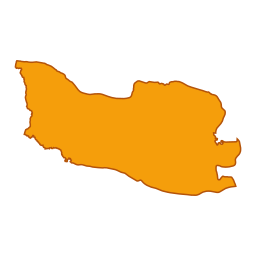 Bener Meriah, Aceh, Indonesia
{"feature_id": "22746128B4257100474226", "entity_name": "Bener Meriah", "entity_type": "district", "adm_level": 2, "iso_a3": "IDN", "parent_name": "Indonesia", "parent_adm1": "Aceh", "projection": "mercator", "projection_center": [96.897, 4.775], "detail": "fine", "context": "isolated", "style": "filled", "palette": "amber", "viewbox_px": 256, "rotation_deg": 0, "n_neighbors": 0, "source": "geoboundaries", "source_scale": "gbopen_adm2", "svg_char_len": 5656}
<svg xmlns="http://www.w3.org/2000/svg" viewBox="0 0 256 256"><path d="M235.8,186.3L235.2,184.2L234.6,183.0L233.5,180.0L231.8,177.4L231.0,177.0L228.4,177.0L227.5,176.8L224.7,176.8L222.9,176.2L222.3,176.6L221.3,177.6L219.8,179.7L218.4,179.7L218.1,179.5L217.7,178.6L217.4,175.5L216.7,172.2L216.1,170.4L216.0,167.7L216.2,166.1L216.7,165.6L217.4,165.4L218.3,165.5L219.8,165.8L221.3,166.6L222.9,166.9L225.3,167.1L227.5,167.0L229.3,166.8L233.2,165.9L234.5,165.2L235.1,164.5L235.5,163.3L235.6,162.2L235.4,160.6L235.4,159.3L235.8,158.2L237.3,156.2L238.4,155.1L239.3,154.0L239.9,152.9L240.5,151.1L240.6,149.6L240.6,147.9L239.4,141.6L238.4,140.1L237.2,138.9L237.1,140.9L236.8,141.4L236.2,141.8L228.1,142.0L226.3,142.1L224.8,142.0L224.1,141.8L222.2,140.7L221.4,140.7L221.2,140.9L221.1,141.2L221.0,141.4L221.1,141.8L221.3,142.0L222.6,142.4L223.0,142.7L222.8,143.6L222.0,144.3L221.0,144.0L220.4,143.6L220.1,143.0L219.7,142.7L219.2,142.7L218.6,142.9L218.3,143.1L217.9,144.4L217.6,144.9L217.1,144.9L216.8,144.7L216.4,143.6L215.6,142.6L215.0,141.4L215.1,140.7L215.3,140.5L216.1,140.1L216.8,140.0L217.2,139.8L217.4,138.7L217.2,138.5L216.6,138.4L215.9,138.7L215.4,138.5L215.4,138.0L215.6,137.5L215.5,137.0L215.1,136.3L214.8,135.8L214.1,135.3L213.8,134.8L213.6,132.9L215.7,133.1L215.7,132.2L216.0,130.4L216.4,129.2L217.0,128.0L220.9,123.5L222.4,121.0L223.3,118.1L224.3,116.0L225.0,114.3L225.2,112.7L225.1,111.4L224.7,110.5L223.7,109.7L221.8,107.8L221.4,106.7L221.2,104.2L220.7,102.4L218.8,99.5L217.2,96.8L216.3,95.9L215.1,95.2L213.8,94.8L211.3,94.3L211.2,93.9L210.0,93.4L209.6,92.7L208.5,92.0L207.3,92.1L205.5,91.6L202.7,90.6L199.9,89.8L191.3,87.2L187.7,85.9L182.6,83.0L180.5,82.1L178.8,81.5L178.1,81.6L176.4,81.3L174.6,81.3L173.0,81.7L171.2,81.8L169.6,82.5L169.1,84.0L168.7,84.4L168.3,84.4L167.1,84.1L166.5,84.1L165.2,85.1L164.8,85.2L164.4,85.1L163.8,84.2L163.4,83.9L162.8,83.9L162.1,83.5L161.5,83.4L159.8,83.9L158.8,83.3L158.7,82.7L158.3,82.4L157.9,82.2L154.5,82.4L149.2,81.6L146.8,83.0L145.7,83.0L139.2,80.9L137.8,81.0L137.2,81.3L134.7,83.2L134.2,84.0L133.8,85.3L133.7,87.5L133.4,89.2L133.6,89.5L133.5,90.3L133.1,91.2L132.4,92.2L131.6,95.3L131.1,96.3L130.4,97.1L129.2,97.7L126.6,98.3L124.0,98.6L116.3,98.4L111.9,97.6L108.2,96.5L102.4,94.4L100.8,94.0L99.2,93.8L94.7,93.9L90.0,94.5L87.8,94.2L83.8,93.2L81.7,92.5L80.0,91.6L78.2,89.9L74.9,85.5L72.2,82.3L69.9,81.2L67.6,79.3L66.2,78.5L65.7,77.7L65.0,75.3L63.7,74.1L62.2,73.3L60.7,72.8L59.3,71.8L57.1,71.1L56.2,69.9L55.4,69.5L53.2,67.7L51.3,66.3L48.5,65.1L46.6,64.5L46.1,64.0L45.5,63.8L44.8,63.3L44.2,63.3L41.7,62.8L36.4,61.9L32.4,62.3L30.7,62.3L28.6,62.1L26.9,61.7L25.4,61.7L24.6,61.8L21.2,61.4L20.3,61.1L19.4,61.1L17.3,60.8L16.8,60.8L16.3,61.9L16.3,62.5L15.8,64.1L15.4,67.0L16.1,67.5L16.2,68.1L16.6,68.3L17.6,68.0L18.2,68.2L18.5,68.5L19.0,68.4L19.5,68.1L20.6,68.4L21.0,68.2L21.2,68.6L21.5,68.8L21.6,69.0L21.6,69.7L21.1,70.1L20.9,70.5L20.2,72.9L21.5,74.9L21.7,75.4L22.0,75.6L22.1,76.4L22.4,77.0L23.2,77.5L23.7,77.4L23.8,77.7L24.0,78.3L23.9,79.2L24.3,79.6L24.1,81.8L24.8,82.8L24.9,83.8L25.1,84.4L25.6,85.2L26.2,85.6L26.1,87.1L26.5,89.0L26.1,90.6L26.2,91.1L25.8,91.8L25.8,93.2L26.2,94.5L26.2,95.0L25.6,96.2L25.4,97.6L25.9,100.0L26.3,101.3L26.4,101.8L26.9,102.9L27.2,104.4L27.1,105.5L26.6,106.4L27.1,107.2L27.5,108.5L27.9,108.7L28.4,108.7L29.5,109.6L30.1,110.4L30.6,110.4L31.8,111.2L31.9,112.2L32.3,112.8L32.3,113.2L32.0,113.6L31.7,113.7L31.5,114.4L32.0,114.7L31.9,115.9L31.6,116.3L31.1,116.7L30.8,117.3L30.2,118.6L30.3,120.5L30.0,121.8L30.0,122.6L30.3,124.0L30.3,126.3L30.2,126.6L28.4,128.2L27.8,128.9L26.8,129.1L25.7,129.8L24.8,132.4L24.3,134.4L24.9,134.5L25.2,134.4L25.6,134.7L25.8,135.0L26.4,135.3L27.0,135.4L27.1,135.6L27.1,135.9L28.1,135.8L28.5,136.1L28.5,136.6L28.9,136.8L29.1,137.4L29.7,137.8L29.9,137.8L30.6,138.1L30.9,137.5L32.0,137.0L31.9,136.8L32.4,136.4L32.8,135.5L33.4,135.5L33.6,135.6L33.9,137.1L35.0,137.3L35.1,137.6L35.1,138.6L35.8,139.6L36.1,139.6L36.3,140.0L36.8,140.2L37.0,140.4L37.0,141.0L37.4,141.3L38.0,141.6L38.2,142.0L38.2,142.3L38.7,142.9L39.2,143.1L39.6,143.4L39.8,143.7L39.8,144.3L40.3,144.8L41.2,145.3L42.7,145.4L42.9,145.3L43.1,146.3L43.6,147.2L43.8,147.4L44.4,147.5L44.8,147.9L45.0,147.9L45.3,148.5L45.2,148.9L45.4,148.9L45.6,148.8L46.1,148.8L46.3,148.6L46.7,148.6L47.0,148.4L47.4,148.6L47.7,148.5L48.7,148.4L49.3,148.7L49.5,147.9L50.2,147.9L51.3,147.6L51.5,148.4L51.8,148.4L52.6,148.4L52.8,148.5L53.3,147.9L53.6,147.6L54.4,148.0L55.9,147.9L56.0,147.7L56.3,147.8L56.8,148.3L57.7,148.3L57.9,148.6L58.9,148.8L59.2,149.3L59.7,149.3L60.2,149.8L60.7,149.9L61.7,152.6L61.6,153.6L61.7,154.2L61.8,154.6L62.0,154.7L62.1,155.1L62.4,155.1L62.6,156.0L63.1,156.7L63.7,157.2L63.9,157.7L65.0,157.7L65.9,158.7L66.0,159.1L65.7,159.7L65.4,159.8L65.4,160.2L65.1,160.3L64.9,160.8L65.2,161.4L66.4,161.5L66.9,161.7L67.3,161.3L67.2,160.4L67.5,159.7L67.8,159.6L67.9,159.4L68.8,158.6L68.9,158.3L69.2,158.5L69.4,158.3L70.4,158.6L70.5,158.9L70.2,159.5L71.3,160.2L70.8,161.3L70.3,161.7L70.7,162.0L71.0,162.2L71.1,162.5L71.7,162.9L72.6,162.9L73.7,163.2L75.6,164.2L76.9,164.7L78.1,164.9L81.2,164.6L82.7,164.8L86.7,166.0L90.0,166.3L92.6,167.0L98.2,167.6L101.3,167.8L103.0,167.9L104.1,167.7L106.7,167.8L115.3,169.6L117.1,170.3L121.1,172.2L124.9,173.2L126.4,174.3L128.9,176.2L136.9,180.9L137.9,181.0L140.3,180.1L140.9,180.2L141.6,180.7L143.2,182.5L144.4,183.6L145.7,184.5L147.0,185.3L151.2,187.1L155.9,188.3L161.1,190.4L162.4,190.9L167.3,192.1L170.3,192.7L179.2,193.9L187.2,194.6L191.2,195.1L195.8,195.2L197.1,195.0L199.0,194.3L201.6,192.8L203.2,192.0L206.4,191.2L208.4,191.1L210.5,191.2L216.9,192.4L218.2,192.4L219.5,192.0L225.6,188.4L229.0,187.3L230.9,186.9L235.8,186.3Z" fill="#f59e0b" stroke="#b45309" stroke-width="1.5"/></svg>